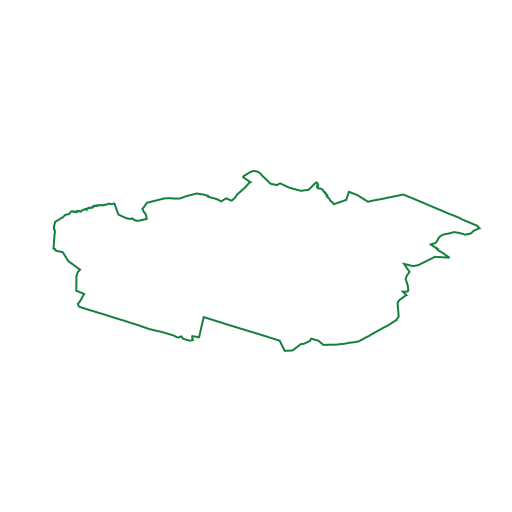 outline of Strazdes pag., Talsi, Latvia, rotated 200°
{"feature_id": "27541924B84613839028203", "entity_name": "Strazdes pag.", "entity_type": "district", "adm_level": 2, "iso_a3": "LVA", "parent_name": "Latvia", "parent_adm1": "Talsi", "projection": "equal_earth", "projection_center": [22.759, 57.138], "detail": "fine", "context": "isolated", "style": "outline", "palette": "green", "viewbox_px": 512, "rotation_deg": 200, "n_neighbors": 0, "source": "geoboundaries", "source_scale": "gbopen_adm2", "svg_char_len": 5934}
<svg xmlns="http://www.w3.org/2000/svg" viewBox="0 0 512 512"><g transform="rotate(200 256 256)"><path d="M257.6,332.5L258.0,332.5L258.2,332.4L258.4,332.3L258.8,332.0L259.3,331.3L259.5,331.1L259.6,330.9L260.6,329.8L266.9,328.9L267.2,328.9L267.3,329.0L277.6,333.6L277.8,333.6L278.1,333.9L278.8,334.3L279.8,334.8L281.2,335.5L284.3,335.7L286.8,335.3L289.8,333.3L295.1,326.6L295.0,325.6L286.4,323.4L287.3,322.6L287.4,322.4L289.6,316.9L290.0,316.1L291.0,314.3L292.3,311.8L293.6,309.4L294.9,307.1L295.4,304.4L297.5,300.1L297.7,299.8L298.0,299.6L298.6,299.6L299.5,299.7L303.7,300.0L307.5,295.4L309.9,295.8L312.8,296.0L314.0,295.9L321.0,295.3L321.5,295.3L321.6,296.2L327.5,295.6L330.1,294.9L332.2,294.7L333.0,294.5L342.1,288.3L343.6,287.0L344.1,286.6L347.3,283.9L349.5,283.1L351.1,282.5L352.0,282.1L353.0,281.9L354.2,281.6L355.8,281.1L357.5,280.6L361.9,278.7L363.0,277.9L366.4,275.7L376.6,268.8L378.7,261.5L378.8,261.4L376.3,258.9L376.1,259.0L373.3,256.9L371.4,253.5L373.2,252.3L379.0,248.6L380.8,248.2L382.9,248.3L383.9,248.5L385.1,249.0L385.6,248.5L387.3,247.7L389.5,247.3L391.2,247.2L391.3,247.2L396.4,247.6L399.4,247.9L399.6,248.0L404.8,254.2L406.8,256.7L407.2,256.9L408.0,256.2L409.2,255.4L409.9,255.4L410.1,255.2L410.6,255.1L411.4,255.1L412.3,254.7L412.5,254.4L414.5,253.1L414.6,252.9L414.8,252.8L414.8,252.7L415.1,252.7L415.6,252.3L415.8,252.3L416.4,251.6L416.7,251.6L416.8,251.5L417.2,251.6L418.1,251.1L418.2,250.9L418.9,250.8L419.1,250.8L419.6,250.6L419.4,250.5L419.9,250.3L420.6,250.1L420.9,250.0L421.0,249.9L421.7,249.7L421.8,249.5L422.1,249.5L422.1,249.3L422.6,249.1L422.6,248.5L423.0,248.4L423.5,248.5L423.8,248.3L424.0,248.4L424.4,248.3L424.6,248.0L424.9,248.0L425.0,247.8L425.5,247.7L425.9,247.3L426.0,247.1L425.5,247.0L425.9,246.5L425.9,246.2L426.1,245.7L426.5,245.6L426.9,245.1L427.4,245.0L427.6,245.1L428.0,244.5L428.3,244.5L428.7,244.3L428.9,244.4L429.5,243.9L430.1,243.8L430.3,243.4L430.2,243.1L431.2,242.1L431.1,241.6L432.0,242.1L432.2,241.8L432.8,241.6L433.3,240.9L433.8,240.3L434.3,240.2L434.9,239.5L435.4,238.9L435.5,238.6L435.7,237.9L436.3,237.9L436.5,237.6L437.9,237.8L438.2,237.6L438.6,237.0L439.2,237.1L439.3,236.2L439.8,236.3L439.8,235.8L440.7,235.8L440.9,235.4L442.0,235.2L442.4,235.5L442.6,235.1L443.0,235.0L443.4,235.3L444.9,234.7L446.1,231.4L449.4,229.3L450.6,226.5L451.1,225.9L452.5,224.3L453.4,223.1L455.0,221.1L456.4,219.3L455.9,214.4L454.9,211.9L454.0,211.5L453.2,209.9L452.4,206.2L452.2,205.8L448.8,193.6L447.0,193.7L446.3,192.6L443.8,192.8L438.9,193.5L430.6,187.0L416.7,183.0L417.9,180.1L417.9,175.8L417.1,173.6L416.2,171.1L413.0,161.9L404.5,161.6L405.9,153.3L407.0,150.0L405.1,148.0L402.3,147.9L391.4,148.4L379.2,149.1L366.7,149.6L355.9,150.2L355.4,150.2L354.9,150.2L349.5,150.4L343.4,150.7L341.0,150.7L338.6,150.7L336.3,150.8L334.4,150.8L332.7,150.8L330.6,150.9L327.7,151.3L325.3,151.5L323.0,151.8L320.3,152.2L317.1,152.5L313.5,152.7L308.4,153.0L307.1,153.1L305.6,153.1L304.9,153.0L303.5,152.7L303.2,152.7L301.0,152.8L298.9,154.9L296.0,153.3L289.4,153.7L286.5,155.4L288.3,157.9L288.4,158.9L283.5,159.9L282.8,159.6L281.7,160.3L283.0,170.4L284.2,180.7L271.6,181.3L259.4,181.8L244.3,182.6L225.7,183.6L224.9,183.6L219.2,183.9L213.9,184.1L212.1,184.2L204.8,184.5L196.6,176.7L189.4,179.7L183.6,188.7L181.2,189.7L176.1,194.7L175.9,197.2L171.5,197.5L168.3,197.7L164.1,196.2L162.3,195.5L154.2,198.7L150.0,200.2L148.5,201.1L143.0,203.7L137.7,206.9L135.2,208.0L131.8,210.0L130.3,210.9L129.3,212.0L123.8,218.2L122.2,219.7L121.4,221.0L120.7,221.8L110.9,233.1L108.4,235.7L105.0,240.1L105.1,240.4L103.9,241.6L102.5,243.4L102.1,243.9L102.3,244.0L101.2,247.7L101.6,248.6L102.8,251.4L106.7,259.7L106.7,262.1L106.0,264.0L105.7,264.4L103.9,267.0L101.7,270.4L102.0,270.7L101.7,270.8L105.8,272.7L101.5,274.3L101.1,275.8L103.1,279.9L107.6,285.8L107.5,289.4L106.3,293.5L114.1,299.2L104.9,300.2L100.2,303.1L87.6,316.4L74.7,320.3L74.2,320.7L74.3,320.8L76.2,321.3L78.1,321.7L80.4,322.5L85.2,323.4L86.2,323.5L89.7,325.0L89.2,325.2L95.3,326.4L95.8,326.6L94.1,328.0L93.8,328.1L93.1,328.6L92.4,329.0L91.9,329.5L91.6,330.0L91.3,330.8L91.0,332.2L90.8,333.2L90.7,334.5L90.6,335.2L90.3,336.2L89.8,337.2L89.2,338.2L88.6,338.8L87.4,340.0L86.2,341.0L85.5,341.4L85.5,341.5L83.8,342.3L82.6,343.0L82.2,343.3L81.9,343.4L79.1,345.5L78.4,346.0L77.6,346.3L77.1,346.4L73.0,347.1L71.4,347.3L69.9,347.4L68.5,347.5L67.4,347.6L66.8,347.7L66.0,348.0L65.2,348.5L64.5,348.9L63.6,349.4L63.4,349.4L63.1,349.7L62.3,350.3L61.9,350.7L61.6,351.1L61.3,351.5L61.1,351.9L60.6,353.2L60.1,354.0L59.7,354.5L59.0,355.2L57.2,356.9L56.2,357.9L55.8,358.4L55.6,358.5L55.8,358.6L57.4,359.5L58.4,360.1L60.0,360.1L71.3,360.7L75.7,360.9L77.0,361.3L83.1,361.6L90.0,361.7L92.2,361.8L98.0,362.2L104.6,362.5L110.5,362.8L119.8,363.3L124.1,363.5L129.3,363.8L138.6,364.1L141.9,362.1L144.8,360.3L146.1,359.5L146.6,359.2L152.1,355.9L155.0,354.0L158.7,351.8L164.7,348.3L167.1,346.7L169.3,345.3L181.7,347.9L190.6,348.1L190.4,339.6L192.9,337.5L199.4,332.3L200.5,331.3L202.1,332.1L202.4,332.5L202.8,332.8L203.5,332.8L204.2,333.1L205.1,333.4L205.5,333.6L205.9,334.1L206.4,334.8L206.6,334.9L207.3,335.0L208.3,335.6L209.4,336.0L209.8,336.2L209.9,336.3L209.7,336.8L209.4,336.9L209.4,337.1L209.6,337.3L209.9,337.4L210.2,337.7L210.4,337.8L210.6,337.9L211.0,338.0L211.5,337.8L211.8,337.9L212.1,338.1L212.1,338.4L212.1,338.7L212.1,338.8L212.3,339.1L212.9,339.3L213.1,339.5L213.6,339.6L213.9,339.5L214.3,339.5L214.7,339.8L215.0,340.0L215.1,340.4L215.2,340.6L215.6,340.9L216.6,341.2L217.7,341.4L218.5,341.5L219.4,341.3L220.0,341.0L220.3,340.8L220.8,340.8L221.0,341.2L221.1,341.3L221.4,341.4L222.0,341.4L222.1,341.6L222.4,341.9L222.5,342.3L222.2,342.7L222.0,342.8L221.9,343.0L222.1,343.1L222.2,343.3L222.1,343.5L222.4,343.7L222.4,343.9L222.2,344.1L222.4,344.2L222.6,344.2L222.8,344.4L222.8,345.0L223.1,345.4L224.1,345.8L224.5,345.8L225.5,344.1L227.8,339.2L229.3,336.2L235.3,333.0L235.8,332.7L236.4,332.6L246.4,331.7L248.8,331.6L257.6,332.5Z" fill="none" stroke="#15803d" stroke-width="2"/></g></svg>